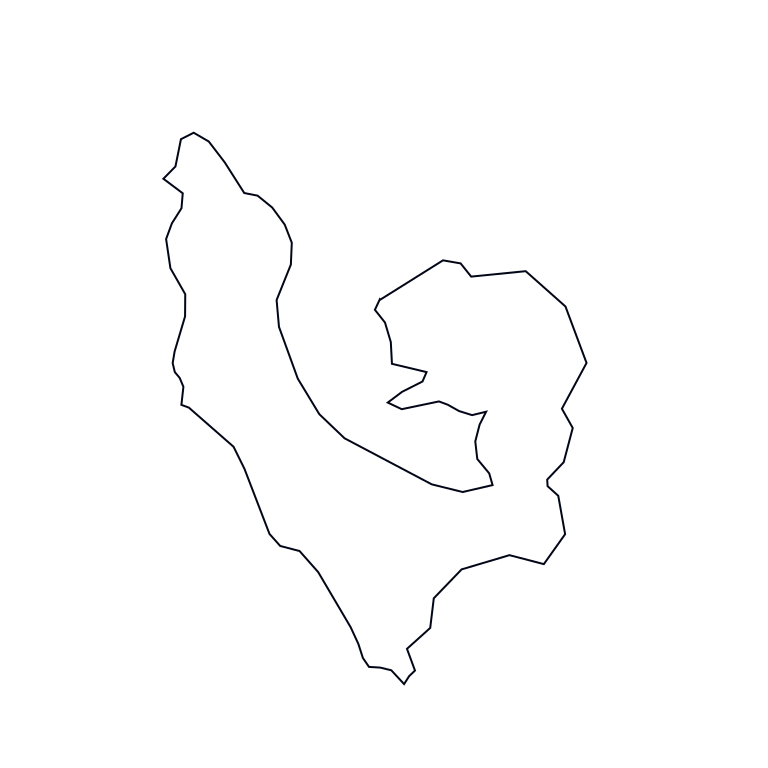 map outline of Ards (Mercator projection), rotated 164°
{"feature_id": "GBR-2137", "entity_name": "Ards", "entity_type": "District", "adm_level": 1, "iso_a3": "GBR", "parent_name": "United Kingdom", "parent_adm1": "", "projection": "mercator", "projection_center": [-5.598, 54.505], "detail": "fine", "context": "isolated", "style": "outline", "palette": "ink", "viewbox_px": 768, "rotation_deg": 164, "n_neighbors": 0, "source": "natural_earth", "source_scale": "10m", "svg_char_len": 1231}
<svg xmlns="http://www.w3.org/2000/svg" viewBox="0 0 768 768"><g transform="rotate(164 384 384)"><path d="M447.4,90.0L455.9,106.8L465.7,112.4L476.4,116.2L479.8,126.4L480.3,141.3L483.1,159.4L499.1,221.3L511.2,246.7L528.4,256.9L535.4,271.4L541.5,340.8L545.9,365.1L578.1,415.1L584.5,419.8L577.6,436.6L578.7,446.1L581.8,453.1L581.4,462.3L576.3,473.0L556.6,503.8L550.3,525.1L557.4,554.2L553.5,583.4L543.6,596.9L530.2,608.8L524.9,622.8L539.5,642.1L524.5,650.6L511.7,675.3L497.7,678.0L485.6,665.4L476.0,640.9L465.7,606.1L453.6,599.9L442.8,584.4L435.5,564.6L433.7,545.2L440.6,524.5L464.1,494.3L469.2,467.9L465.4,412.9L454.5,372.8L436.9,342.7L365.8,274.4L338.2,258.5L307.5,256.9L307.5,269.1L315.0,286.2L312.1,303.6L303.3,318.6L293.5,329.2L307.9,329.8L319.3,337.3L328.4,346.5L336.0,352.1L373.9,354.9L385.5,365.1L368.8,371.5L346.3,375.8L339.8,383.7L370.8,401.2L365.9,422.4L366.1,442.8L372.3,457.8L364.8,466.4L364.7,466.0L293.2,486.6L277.1,478.8L270.6,463.2L216.7,453.4L188.2,408.5L183.5,348.4L219.8,311.2L214.7,289.7L232.8,259.3L253.5,247.1L254.9,240.7L247.3,228.5L251.3,189.7L280.0,166.8L310.6,184.9L360.5,184.4L395.2,164.3L406.8,136.8L434.9,123.1L433.2,100.0L440.3,96.3L447.4,90.0Z" fill="none" stroke="#020617" stroke-width="2"/></g></svg>